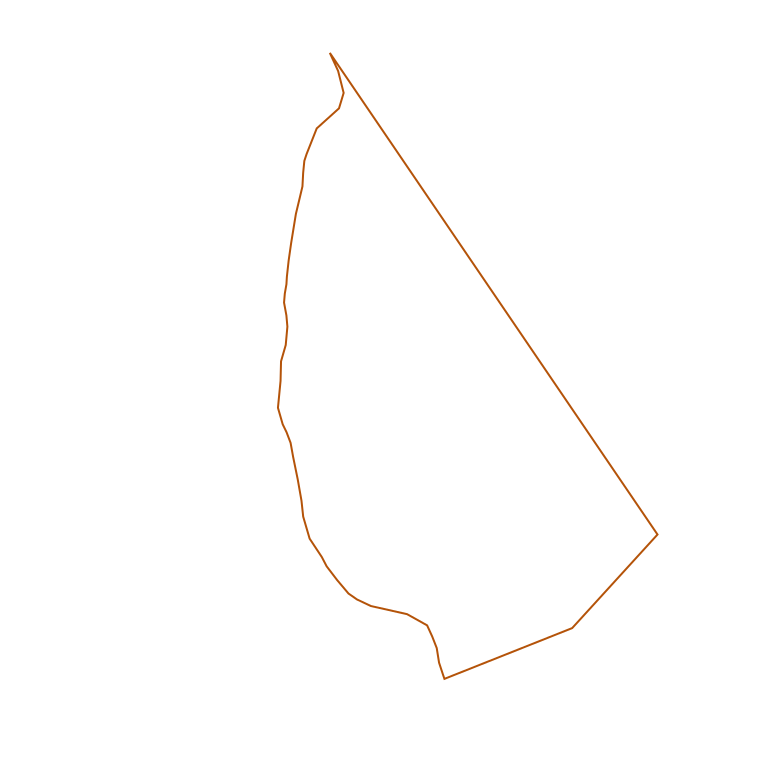 Getrine, Choiseul, Saint Lucia (Robinson projection), rotated 147°
{"feature_id": "8701671B56086336550970", "entity_name": "Getrine", "entity_type": "district", "adm_level": 2, "iso_a3": "LCA", "parent_name": "Saint Lucia", "parent_adm1": "Choiseul", "projection": "robinson", "projection_center": [-61.006, 13.781], "detail": "fine", "context": "isolated", "style": "outline", "palette": "amber", "viewbox_px": 768, "rotation_deg": 147, "n_neighbors": 0, "source": "geoboundaries", "source_scale": "gbopen_adm2", "svg_char_len": 741}
<svg xmlns="http://www.w3.org/2000/svg" viewBox="0 0 768 768"><g transform="rotate(147 384 384)"><path d="M236.6,108.8L249.1,691.2L252.0,671.5L259.3,650.1L267.2,643.4L271.6,639.7L301.2,635.0L323.7,619.0L329.3,614.5L336.8,605.1L344.8,594.1L353.4,585.9L365.2,574.7L385.0,552.9L396.7,539.5L407.0,526.9L411.5,520.8L417.9,513.9L423.5,506.7L428.5,494.7L433.8,484.7L445.2,470.2L458.0,459.1L469.1,442.9L485.9,421.8L490.9,405.4L492.0,396.6L494.4,385.5L499.9,372.4L508.3,351.0L516.8,331.0L524.0,316.8L530.6,294.8L530.4,272.7L531.4,262.3L530.1,245.1L527.9,227.6L524.0,218.0L515.9,204.9L490.0,178.4L479.3,158.1L481.1,145.9L483.6,133.8L489.6,120.3L492.8,108.2L493.9,103.8L359.1,76.8L236.6,108.8Z" fill="none" stroke="#b45309" stroke-width="2"/></g></svg>